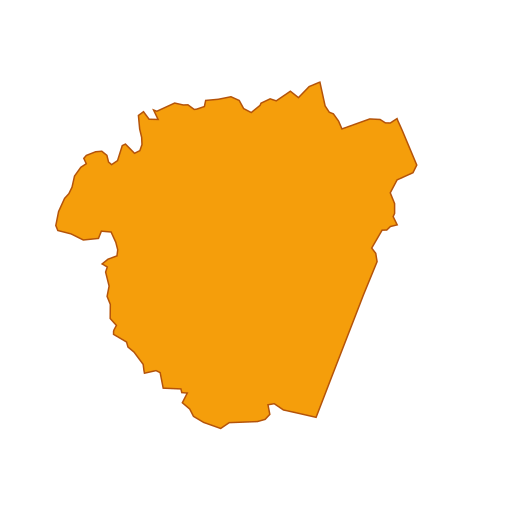 the district of Aibonito, Puerto Rico, rotated 252°
{"feature_id": "32010507B49819301822346", "entity_name": "Aibonito", "entity_type": "district", "adm_level": 2, "iso_a3": "PRI", "parent_name": "Puerto Rico", "parent_adm1": "", "projection": "orthographic", "projection_center": [-66.255, 18.128], "detail": "fine", "context": "isolated", "style": "filled", "palette": "amber", "viewbox_px": 512, "rotation_deg": 252, "n_neighbors": 0, "source": "geoboundaries", "source_scale": "gbopen_adm2", "svg_char_len": 1704}
<svg xmlns="http://www.w3.org/2000/svg" viewBox="0 0 512 512"><g transform="rotate(252 256 256)"><path d="M292.8,437.0L329.8,433.9L335.6,433.3L340.7,432.7L343.1,432.6L341.0,424.8L342.6,420.2L347.5,416.2L351.2,406.5L350.3,377.0L358.8,376.2L367.3,373.5L370.1,370.1L377.4,368.1L401.6,370.5L401.6,369.6L400.7,358.9L393.5,345.3L402.1,339.6L397.3,323.2L401.1,318.0L399.8,308.0L398.0,306.4L393.9,295.8L400.0,289.8L409.1,288.1L415.2,281.4L416.7,268.6L419.5,256.2L414.1,253.1L414.0,244.7L414.5,242.5L420.8,238.0L422.1,233.5L426.6,225.9L424.3,206.4L426.5,203.7L416.1,205.1L419.1,196.6L428.0,193.6L426.0,187.6L412.7,184.6L404.1,183.9L397.2,182.0L392.1,178.1L391.2,172.2L402.8,166.4L402.3,162.9L389.5,153.8L387.5,146.9L390.9,144.8L397.8,145.3L403.3,141.7L404.7,135.7L404.1,125.7L402.1,122.4L396.2,123.1L394.5,116.8L388.1,108.1L378.3,102.3L373.1,97.3L370.0,91.8L359.3,82.0L346.8,75.0L341.5,75.4L334.2,86.9L324.6,96.7L321.4,111.6L327.4,116.6L323.6,125.6L312.3,126.9L304.6,126.4L299.1,123.8L298.7,114.2L296.0,107.2L291.5,111.2L287.2,108.0L272.8,107.0L263.6,101.9L255.0,102.5L241.6,98.0L233.1,101.8L229.8,98.3L228.5,97.3L225.5,96.3L214.2,106.3L209.0,106.1L202.3,110.3L187.8,115.2L182.0,114.1L179.0,113.7L177.9,125.5L174.7,128.8L159.0,126.9L152.8,143.5L149.0,143.2L146.9,148.3L139.2,140.6L130.9,145.7L122.8,147.0L113.9,154.8L102.9,169.1L104.0,172.9L105.8,179.0L98.1,206.2L97.8,214.2L101.1,220.2L110.8,221.4L109.9,227.7L101.1,234.5L93.5,247.4L84.0,263.3L117.4,290.4L169.5,332.9L185.5,345.9L213.2,369.4L221.5,370.7L227.8,368.5L241.6,383.9L240.3,388.4L242.5,392.9L242.0,399.9L251.1,398.6L253.7,401.0L263.0,404.0L274.6,403.2L284.8,413.7L286.7,431.0L292.8,437.0Z" fill="#f59e0b" stroke="#b45309" stroke-width="1.5"/></g></svg>